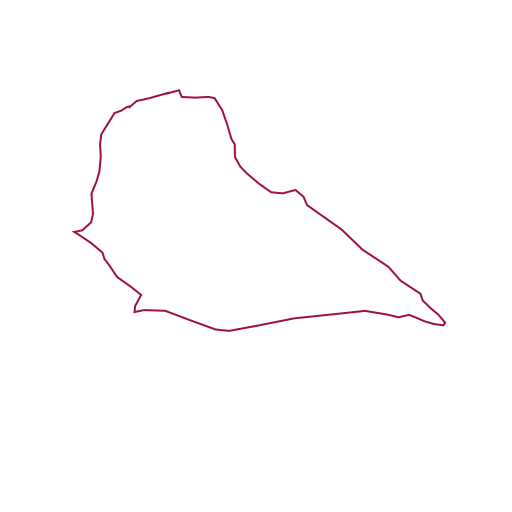 Rättvik, Dalarna, Sweden, rotated 122°
{"feature_id": "70781695B61189370844714", "entity_name": "Rättvik", "entity_type": "district", "adm_level": 2, "iso_a3": "SWE", "parent_name": "Sweden", "parent_adm1": "Dalarna", "projection": "albers", "projection_center": [15.284, 61.217], "detail": "fine", "context": "isolated", "style": "outline", "palette": "rose", "viewbox_px": 512, "rotation_deg": 122, "n_neighbors": 0, "source": "geoboundaries", "source_scale": "gbopen_adm2", "svg_char_len": 1068}
<svg xmlns="http://www.w3.org/2000/svg" viewBox="0 0 512 512"><g transform="rotate(122 256 256)"><path d="M234.2,108.0L232.5,102.7L224.7,94.9L222.7,82.8L222.1,78.6L219.5,69.3L215.5,60.3L212.3,60.3L209.1,70.3L207.8,79.9L205.4,91.0L200.9,96.5L200.3,120.3L195.0,138.0L194.2,169.1L188.2,197.3L185.8,239.6L180.6,247.1L179.1,257.5L188.7,266.5L193.9,276.9L193.1,291.8L190.8,307.5L188.6,316.5L183.3,326.2L172.6,333.2L169.8,338.8L159.2,350.8L150.2,362.0L144.1,374.7L146.3,380.7L153.8,391.3L160.5,403.3L156.2,409.1L165.1,417.3L164.7,417.4L178.6,430.0L187.9,439.4L195.8,441.8L195.5,441.9L198.1,444.5L204.2,447.3L209.7,451.7L221.7,451.7L234.9,451.7L244.2,447.3L254.1,440.2L267.3,433.6L277.1,430.8L290.3,428.6L296.3,424.2L306.7,416.5L314.9,413.7L326.4,417.0L331.9,422.9L331.9,416.9L332.4,402.7L334.5,387.9L338.8,383.0L341.5,375.8L347.4,362.7L348.4,345.8L349.9,332.7L362.5,332.0L367.9,329.3L361.2,322.3L350.6,304.0L345.1,276.5L339.8,251.6L333.8,239.2L316.0,219.7L288.5,190.4L261.1,155.3L244.8,134.5L236.4,114.4L234.2,108.0Z" fill="none" stroke="#9f1239" stroke-width="2"/></g></svg>